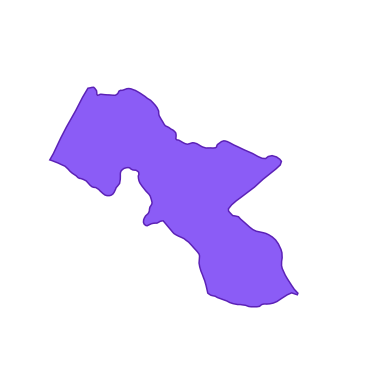 Lolo-Bouenguidi, Ogooué-Lolo, Gabon (Natural Earth projection), rotated 320°
{"feature_id": "22940354B13456808053161", "entity_name": "Lolo-Bouenguidi", "entity_type": "district", "adm_level": 2, "iso_a3": "GAB", "parent_name": "Gabon", "parent_adm1": "Ogooué-Lolo", "projection": "natural_earth1", "projection_center": [12.301, -1.15], "detail": "fine", "context": "isolated", "style": "filled", "palette": "violet", "viewbox_px": 384, "rotation_deg": 320, "n_neighbors": 0, "source": "geoboundaries", "source_scale": "gbopen_adm2", "svg_char_len": 3373}
<svg xmlns="http://www.w3.org/2000/svg" viewBox="0 0 384 384"><g transform="rotate(320 192 192)"><path d="M103.7,76.0L105.0,78.1L106.5,80.9L108.0,83.6L109.5,86.9L111.3,90.6L111.8,94.6L111.9,97.8L112.3,100.4L113.0,102.8L113.7,105.2L113.9,107.6L114.5,109.1L115.6,110.4L116.6,112.1L117.4,113.8L118.1,115.6L118.2,118.3L118.3,121.4L118.7,123.5L119.5,125.0L121.2,126.8L122.2,130.1L122.3,132.2L122.8,135.9L123.4,138.4L124.6,140.2L126.4,141.7L127.8,142.4L129.9,142.7L132.0,142.2L133.6,141.5L135.3,140.7L136.7,139.9L138.7,139.6L142.0,138.9L145.3,136.1L147.4,133.7L148.7,132.1L149.9,131.0L151.2,130.3L153.0,130.1L154.9,130.2L157.1,131.1L158.6,132.1L159.8,133.4L159.9,134.8L160.8,137.0L161.9,138.2L163.0,139.2L163.5,140.5L163.9,142.5L162.6,144.4L161.1,145.2L159.7,147.2L158.6,149.3L157.9,151.5L157.5,155.4L157.3,161.6L157.6,166.0L157.4,168.1L156.1,171.4L154.7,174.3L153.5,175.4L151.9,176.0L150.1,176.5L148.5,177.7L147.0,179.2L144.7,180.3L141.0,180.5L138.8,181.3L137.1,182.2L135.4,183.9L134.7,185.8L135.0,187.8L135.9,189.0L137.9,189.5L140.5,190.2L142.2,191.1L143.7,192.1L145.1,193.3L147.2,193.8L148.7,194.0L150.5,194.9L151.4,195.6L151.4,210.5L151.5,212.3L152.3,214.7L153.3,217.1L154.9,220.3L156.0,222.8L156.4,225.1L157.2,228.2L157.4,231.9L157.5,236.2L157.7,241.1L157.5,244.1L156.7,245.8L154.7,247.9L151.7,251.0L149.8,254.3L148.0,258.4L146.9,261.9L145.7,265.2L144.7,268.2L142.6,272.8L139.1,279.6L139.5,281.4L140.2,283.4L141.4,285.0L142.8,286.8L143.6,289.1L146.3,293.8L148.6,297.8L149.9,301.0L151.7,303.9L154.6,307.5L156.7,309.3L158.1,310.9L160.2,313.2L161.9,316.2L163.4,317.8L168.0,321.7L168.4,321.9L170.2,323.0L173.0,323.0L175.1,324.0L177.4,326.0L179.8,327.7L182.8,329.3L186.6,330.5L192.2,331.1L199.0,332.0L203.5,333.3L206.6,338.4L208.1,337.6L208.0,336.5L207.8,332.1L208.3,327.3L209.3,319.6L210.0,315.5L211.9,308.7L213.3,305.9L216.0,302.8L218.7,300.4L221.8,296.4L223.2,293.3L224.8,287.2L225.2,282.4L224.6,278.1L223.3,274.1L222.0,271.3L220.5,269.1L218.5,266.5L216.0,263.3L214.5,260.0L213.6,256.0L212.7,249.7L211.8,244.0L211.7,240.8L209.9,238.4L208.0,236.2L207.8,233.1L207.7,230.2L209.1,228.3L214.1,227.3L220.4,227.2L228.8,227.7L243.0,228.4L254.6,227.9L271.1,228.3L277.0,228.0L280.2,226.0L280.3,223.3L279.3,219.5L276.7,215.6L273.2,213.8L269.9,213.7L267.4,211.3L265.3,207.1L263.3,201.8L259.1,193.3L256.3,187.1L254.3,182.9L252.6,178.6L251.4,176.0L250.2,174.2L249.2,173.2L246.9,172.3L244.8,172.2L242.0,172.0L240.8,172.5L239.7,173.3L238.4,173.2L236.3,171.8L234.5,170.1L232.5,168.5L230.9,167.2L229.0,164.2L228.1,162.0L227.5,160.1L226.7,158.0L225.1,155.6L223.9,154.5L221.7,153.6L219.2,152.5L217.8,150.5L216.8,148.2L215.9,145.6L215.2,143.8L213.9,142.3L213.8,140.8L215.3,139.4L216.4,138.2L217.5,136.4L217.6,134.5L217.2,132.2L216.4,130.4L215.7,127.6L215.0,126.0L214.1,124.1L214.2,122.1L214.7,119.4L215.2,116.1L215.9,112.4L216.8,110.7L218.5,108.5L219.4,105.0L219.6,102.2L219.5,98.5L219.2,95.1L218.0,91.6L217.4,88.5L215.9,83.3L215.0,80.7L213.9,77.8L213.0,76.3L211.6,73.8L210.1,72.1L208.5,71.0L206.3,70.2L204.8,69.7L203.4,68.9L202.7,68.2L201.0,67.8L200.0,68.2L198.7,68.8L197.4,68.9L195.4,68.6L193.5,66.9L191.2,64.6L189.3,62.9L187.2,60.8L185.6,59.1L184.4,58.1L183.0,57.8L181.8,57.2L181.9,56.0L183.0,54.6L184.0,53.0L184.2,50.1L184.0,48.6L182.7,47.6L180.7,46.6L179.0,45.6L169.3,49.0L155.2,54.9L137.6,61.5L126.1,66.3L110.4,73.5L103.7,76.0Z" fill="#8b5cf6" stroke="#5b21b6" stroke-width="1.5"/></g></svg>